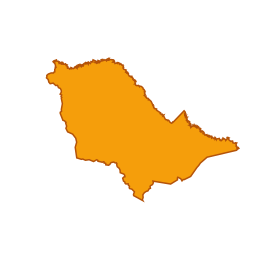 Druvienas pag., Gulbene, Latvia (orthographic projection), rotated 218°
{"feature_id": "27541924B4723463518460", "entity_name": "Druvienas pag.", "entity_type": "district", "adm_level": 2, "iso_a3": "LVA", "parent_name": "Latvia", "parent_adm1": "Gulbene", "projection": "orthographic", "projection_center": [26.23, 57.112], "detail": "fine", "context": "isolated", "style": "filled", "palette": "amber", "viewbox_px": 256, "rotation_deg": 218, "n_neighbors": 0, "source": "geoboundaries", "source_scale": "gbopen_adm2", "svg_char_len": 5909}
<svg xmlns="http://www.w3.org/2000/svg" viewBox="0 0 256 256"><g transform="rotate(218 128 128)"><path d="M167.9,89.1L162.9,87.8L159.7,85.2L157.7,80.3L150.0,72.9L145.5,74.6L144.5,75.7L141.7,76.4L139.1,79.1L134.5,80.4L133.1,83.7L131.8,83.9L131.2,83.3L127.2,85.2L126.4,86.4L125.9,86.5L125.3,85.7L123.8,86.4L122.8,85.3L120.4,86.7L119.9,88.0L120.1,89.7L119.9,90.5L118.3,92.4L116.5,92.6L115.7,93.4L114.7,93.0L114.4,92.2L112.7,90.9L110.1,90.8L108.3,89.9L106.6,88.0L102.9,89.1L101.5,88.7L100.4,87.7L101.1,86.9L101.3,85.2L98.9,83.4L97.3,83.5L96.2,82.6L95.2,82.6L93.5,84.1L92.6,83.2L91.0,83.0L90.2,81.6L89.4,81.3L87.3,82.2L83.7,81.7L82.8,79.1L81.9,78.2L71.6,79.9L72.5,80.3L73.3,82.5L75.2,84.6L75.3,87.2L74.5,89.5L73.6,90.6L73.9,93.2L73.2,94.3L74.6,95.5L74.8,96.4L73.9,98.4L74.0,99.3L74.4,100.6L75.6,101.5L59.9,110.1L57.1,117.6L58.3,119.0L58.4,119.9L55.3,120.5L52.9,119.6L52.8,121.3L51.9,122.0L48.8,128.4L49.4,139.4L49.2,141.9L49.4,145.0L47.7,153.7L28.7,177.4L28.8,178.4L28.1,180.2L29.2,180.5L30.0,179.4L30.8,180.4L31.8,180.3L31.9,181.0L33.1,181.9L33.1,183.1L34.2,182.6L34.6,181.6L36.3,180.9L37.4,182.1L38.0,181.9L38.7,180.8L40.6,180.7L42.4,181.3L42.2,182.4L43.6,182.1L44.1,181.5L43.2,180.5L43.3,178.3L44.2,178.9L46.7,178.6L46.2,178.1L46.8,177.6L46.4,177.3L46.8,175.3L47.6,175.7L48.0,175.0L49.6,176.0L51.5,173.8L51.3,173.3L52.7,174.0L52.6,172.8L53.6,173.6L53.5,173.1L53.9,172.5L55.6,172.7L55.9,171.7L57.0,173.0L57.8,172.5L57.5,172.0L58.4,170.9L59.2,170.7L59.0,171.9L59.4,172.1L61.2,171.1L60.7,170.6L61.6,170.6L61.9,171.1L62.9,169.8L63.6,170.4L65.0,169.9L64.7,170.6L65.4,171.3L67.5,171.5L67.8,171.0L67.4,170.4L68.1,170.5L68.2,169.7L69.0,169.7L69.3,169.9L68.9,170.5L69.0,170.9L70.4,171.1L69.9,171.5L70.4,172.3L72.5,171.7L72.9,172.3L74.2,172.3L73.5,171.7L73.9,171.2L73.5,170.9L73.6,170.5L74.9,171.1L74.8,170.5L75.5,170.4L76.2,171.7L76.9,171.4L76.9,170.6L77.8,171.1L77.6,170.4L77.2,170.2L78.5,170.2L77.8,169.3L78.6,168.7L78.7,167.8L79.5,168.3L79.2,167.3L80.6,168.2L81.2,168.0L80.4,169.2L80.8,169.7L82.0,169.8L82.1,169.0L82.5,169.1L83.1,170.8L84.0,170.8L83.7,170.3L84.3,170.3L84.8,169.3L85.1,169.4L85.3,170.4L85.6,171.0L85.6,170.2L86.7,170.0L86.9,170.4L86.5,170.7L86.6,171.1L87.5,171.9L88.4,171.7L88.1,172.7L88.8,172.2L89.0,172.8L89.6,172.4L89.6,173.2L90.1,173.1L90.1,173.7L91.0,172.8L91.7,173.6L91.1,174.3L91.4,174.8L92.2,174.4L92.2,175.3L92.6,175.7L94.4,176.1L95.9,161.4L96.1,160.3L96.5,160.2L96.3,159.4L96.7,158.5L98.5,158.4L100.5,159.1L101.1,159.0L101.4,158.2L102.3,158.5L103.2,158.0L103.4,158.6L103.4,158.0L104.2,157.9L107.2,159.4L107.6,158.9L107.8,160.2L108.1,159.7L109.1,159.9L109.0,159.4L109.9,159.1L110.1,159.5L111.3,159.2L111.2,159.7L111.5,160.0L116.5,159.6L117.2,160.6L119.0,159.6L119.4,160.0L120.3,159.8L121.3,161.2L122.2,160.9L122.5,161.8L123.2,161.7L126.1,163.2L129.3,163.5L129.4,162.9L130.3,163.7L131.7,163.0L132.5,163.6L133.1,163.3L133.7,164.1L133.9,163.7L135.3,163.7L135.2,165.2L136.2,165.4L136.9,166.3L136.8,166.8L137.4,166.7L137.4,167.5L139.2,168.2L139.7,167.9L140.9,168.8L142.9,169.0L144.7,168.2L144.5,167.7L146.0,168.0L147.1,166.8L148.3,166.5L149.3,167.2L149.8,166.9L149.7,167.7L150.9,168.6L150.9,169.4L150.5,169.6L151.0,169.9L152.2,170.0L152.0,169.2L152.6,169.2L152.7,169.7L153.4,169.2L154.2,169.4L154.5,170.3L155.3,170.2L156.5,170.9L156.5,170.1L158.0,169.9L158.0,170.3L159.0,169.7L161.2,170.6L161.3,171.1L162.4,170.6L162.3,171.6L162.5,171.7L163.7,171.5L163.7,170.9L164.0,170.7L164.0,171.3L164.9,171.5L165.1,172.5L167.6,171.7L168.8,172.2L168.8,172.9L169.2,172.8L169.8,174.1L170.7,173.9L170.9,174.4L171.6,173.8L173.1,174.2L173.5,173.2L174.2,173.7L174.4,173.2L175.2,173.7L176.2,173.4L176.8,172.9L176.3,172.3L177.0,172.1L178.0,170.8L179.1,171.7L180.4,170.7L180.3,171.3L179.6,171.7L179.9,172.2L180.7,171.9L180.8,172.7L181.5,172.7L184.5,170.8L184.6,170.1L185.4,170.1L185.6,170.8L186.3,169.3L186.5,170.1L187.0,169.0L185.9,168.8L186.3,168.5L186.2,167.7L187.6,167.8L188.5,166.6L188.6,167.1L189.1,167.1L189.3,165.6L190.5,166.2L191.2,165.2L190.2,164.5L190.5,163.7L191.9,163.2L190.9,163.0L190.7,161.9L191.6,161.7L191.7,162.0L191.1,162.3L191.8,162.8L192.2,162.0L193.0,161.9L192.0,160.6L193.0,160.4L192.7,159.7L193.6,159.6L193.3,159.9L193.8,161.0L194.4,160.7L194.2,159.8L194.4,159.5L195.1,160.8L197.5,160.2L197.0,159.2L197.1,158.8L196.5,158.4L198.0,157.5L197.5,157.1L197.4,155.6L199.8,155.7L200.0,155.3L198.9,154.6L198.6,153.8L200.1,154.5L201.3,153.7L200.3,153.1L200.6,152.5L201.1,152.3L201.9,153.0L202.2,151.5L201.6,151.0L202.4,151.3L202.5,150.7L202.1,150.5L202.7,150.0L201.7,149.6L201.5,149.1L202.1,148.8L202.7,149.4L203.6,148.9L202.6,148.5L202.4,147.5L202.9,147.4L204.8,148.7L205.7,148.5L204.8,148.5L204.6,147.7L205.8,147.5L206.4,146.4L204.7,146.5L204.8,146.0L204.5,145.7L205.7,145.0L204.8,143.6L205.7,143.6L206.8,144.8L207.3,143.8L206.7,143.5L207.0,142.7L207.5,142.6L207.3,141.8L207.8,140.9L209.0,140.7L209.0,139.9L209.3,139.7L209.7,140.7L210.2,140.5L209.7,139.8L210.4,139.2L210.4,138.5L211.9,138.7L212.5,137.9L213.3,138.6L213.4,139.4L215.0,139.1L214.9,140.2L216.1,139.8L217.3,140.4L216.7,139.7L217.5,138.8L218.4,138.3L218.9,138.6L218.7,139.1L219.6,139.4L219.2,137.8L219.6,137.5L219.9,137.8L219.9,138.6L220.9,138.8L221.2,137.7L220.7,137.3L221.7,137.1L221.9,136.6L222.2,136.9L221.9,137.4L222.6,137.9L223.0,137.0L223.9,137.7L225.2,136.8L226.3,137.6L226.9,136.6L226.6,136.1L227.1,135.9L226.6,135.3L227.9,135.0L227.9,134.1L225.1,133.7L222.9,132.0L222.9,131.6L222.2,131.5L222.5,130.8L222.0,130.4L221.9,129.2L220.3,127.2L220.7,126.8L220.6,125.5L222.5,124.0L224.0,121.5L224.4,119.5L223.7,118.8L223.1,117.3L220.8,117.1L218.6,115.4L216.6,115.0L214.6,117.3L211.1,117.0L209.8,118.2L207.6,117.0L205.7,117.5L203.8,116.6L202.6,115.2L202.3,112.9L200.6,113.2L200.1,111.6L199.0,111.3L199.0,110.5L194.7,106.8L192.0,101.7L190.6,100.1L191.1,98.7L190.4,97.8L184.0,94.0L182.4,94.6L180.6,94.1L180.3,95.0L180.4,94.1L180.0,93.4L177.5,91.7L176.7,89.5L173.2,87.8L167.9,89.1Z" fill="#f59e0b" stroke="#b45309" stroke-width="1.5"/></g></svg>